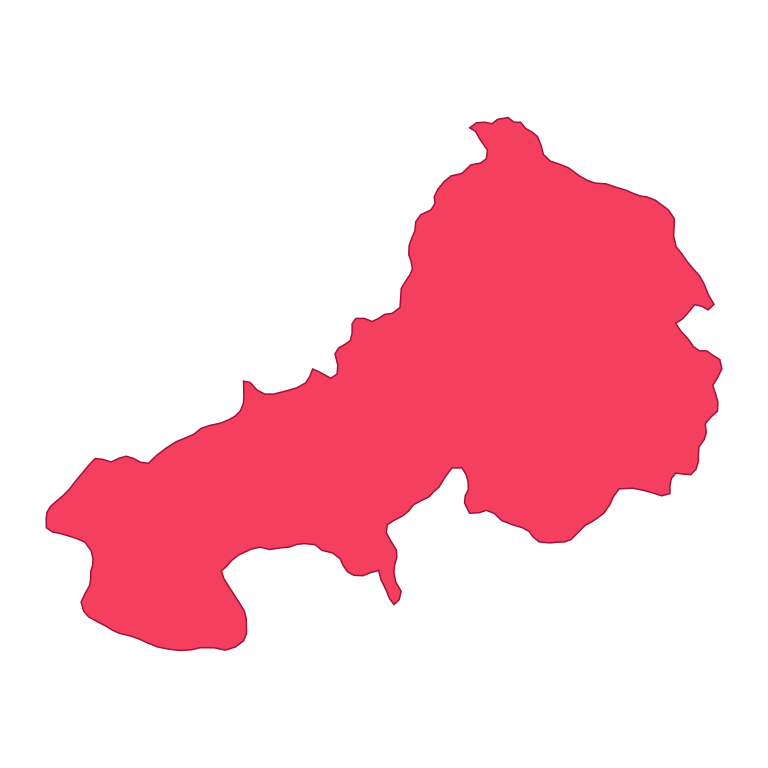 the district of Guimarânia, Minas Gerais, Brazil, rotated 270°
{"feature_id": "56859067B18916788742052", "entity_name": "Guimarânia", "entity_type": "district", "adm_level": 2, "iso_a3": "BRA", "parent_name": "Brazil", "parent_adm1": "Minas Gerais", "projection": "orthographic", "projection_center": [-46.761, -18.797], "detail": "fine", "context": "isolated", "style": "filled", "palette": "rose", "viewbox_px": 768, "rotation_deg": 270, "n_neighbors": 0, "source": "geoboundaries", "source_scale": "gbopen_adm2", "svg_char_len": 3456}
<svg xmlns="http://www.w3.org/2000/svg" viewBox="0 0 768 768"><g transform="rotate(270 384 384)"><path d="M117.8,225.2L121.0,235.4L127.2,243.6L134.7,246.6L149.2,246.3L157.1,244.3L163.7,240.3L170.5,235.9L179.5,230.1L189.2,224.0L197.1,221.4L202.0,227.0L207.5,231.6L213.2,238.9L218.7,250.9L220.9,260.3L218.5,269.5L220.2,281.1L220.9,289.2L223.6,296.7L224.4,304.3L223.3,315.3L217.7,321.8L215.0,332.7L209.2,340.1L202.3,343.3L196.1,347.6L192.7,353.8L192.3,362.9L195.4,370.6L197.5,378.6L188.2,381.0L182.3,384.0L175.9,387.0L169.3,389.6L163.4,394.0L168.2,399.1L176.5,401.2L186.5,395.6L195.8,393.9L203.1,394.6L210.2,396.8L217.9,396.5L227.5,390.5L235.4,386.3L243.3,387.3L247.5,393.8L251.9,402.3L257.0,408.7L263.3,413.5L267.4,421.4L271.3,429.2L276.4,433.9L280.9,439.0L290.9,445.1L300.1,452.0L300.1,462.0L293.3,466.2L286.3,468.1L278.4,468.3L272.2,465.2L265.1,464.5L254.8,469.5L255.3,479.3L257.7,486.3L254.6,494.3L247.4,501.8L243.2,512.7L240.3,522.4L236.5,529.2L231.3,532.8L226.1,539.1L225.1,549.6L225.8,557.5L226.1,564.7L228.5,571.0L235.3,577.9L242.6,585.1L245.8,591.0L249.6,596.9L255.1,604.1L263.9,610.2L270.5,612.9L279.1,619.0L279.8,632.5L277.7,643.1L275.1,652.9L272.2,661.7L274.4,670.0L281.9,669.9L289.4,671.3L294.9,675.7L294.0,682.4L293.3,690.6L298.8,696.1L306.7,698.4L313.1,698.4L321.2,699.0L328.4,704.2L335.5,706.3L344.3,705.3L350.7,710.7L356.9,717.5L366.2,717.9L374.6,715.4L382.7,712.8L390.2,717.5L399.2,721.9L408.5,719.8L412.6,712.9L417.1,706.8L417.2,699.4L421.2,693.6L428.5,688.5L437.0,680.8L444.7,675.7L449.2,682.7L455.7,688.5L463.3,694.7L461.8,701.7L458.1,708.2L463.6,714.0L473.0,708.5L484.0,704.1L492.4,699.4L499.0,693.3L506.0,687.5L514.5,681.6L521.1,676.2L532.1,673.6L540.3,674.1L549.3,674.3L557.9,668.5L563.1,661.7L567.9,655.1L571.0,647.1L572.1,639.9L574.4,633.7L577.5,626.7L580.6,616.5L584.2,606.0L584.9,595.0L587.9,586.8L592.1,579.5L596.5,573.6L600.3,568.2L603.7,559.8L606.9,550.3L613.5,543.4L621.9,541.3L631.3,537.6L635.7,532.5L639.6,525.6L645.8,520.6L645.8,513.9L650.5,508.1L648.6,497.4L644.3,492.1L645.8,484.6L645.2,476.5L640.2,469.6L636.6,475.5L628.9,479.8L617.9,487.4L609.3,486.3L604.9,480.5L603.2,471.0L594.6,462.0L592.1,451.1L586.3,444.0L578.8,437.9L571.1,434.2L564.8,435.1L558.1,431.0L553.3,420.8L546.1,415.7L537.1,414.9L529.8,411.7L522.3,409.1L513.2,408.8L506.5,411.2L499.2,412.4L493.3,410.0L486.8,405.6L479.5,401.2L470.7,400.7L460.6,400.0L454.7,392.4L453.6,384.7L449.6,378.6L446.5,372.1L449.6,364.4L449.6,355.9L444.1,352.1L434.4,352.1L427.2,350.1L423.4,344.5L419.9,338.5L414.2,335.0L402.8,337.8L394.0,337.1L389.7,330.8L395.8,319.9L399.0,312.7L391.8,309.9L385.2,305.7L380.4,297.4L377.5,287.6L375.5,280.0L373.9,273.4L373.9,264.8L377.9,257.1L385.5,250.2L386.9,243.5L380.0,243.7L370.3,243.9L363.9,243.2L357.0,240.3L352.0,235.3L348.4,229.1L344.9,220.7L342.5,209.4L339.4,200.7L333.9,194.1L330.2,185.7L326.5,176.6L320.1,166.4L312.6,156.6L304.6,148.3L305.9,140.2L309.5,133.7L311.8,126.2L309.7,118.8L306.0,111.3L308.7,102.5L309.5,95.1L302.1,88.2L294.3,81.8L286.0,74.8L279.1,69.7L272.5,63.2L266.0,55.4L261.5,50.5L256.0,47.1L249.4,46.1L240.2,46.4L236.0,52.6L234.7,59.3L232.5,67.2L229.7,76.0L225.9,84.9L217.1,91.2L209.4,93.0L202.6,92.6L196.4,90.7L189.4,90.7L182.2,89.5L174.2,84.9L166.0,81.1L156.8,83.7L151.1,88.6L146.0,97.9L141.5,106.5L137.7,112.6L134.6,119.7L132.2,129.8L128.9,139.5L124.7,148.3L121.0,157.8L119.2,166.9L118.2,173.8L117.5,180.8L118.2,191.3L120.3,200.1L120.2,214.5L117.8,225.2Z" fill="#f43f5e" stroke="#9f1239" stroke-width="1.5"/></g></svg>